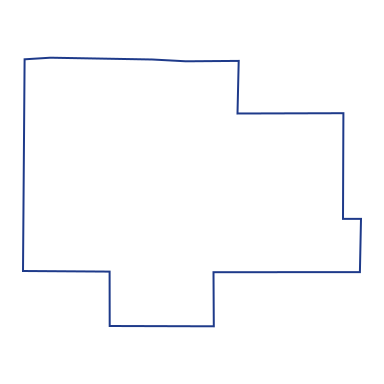 outline of Langlade, Wisconsin, United States of America
{"feature_id": "52423323B38339757578599", "entity_name": "Langlade", "entity_type": "district", "adm_level": 2, "iso_a3": "USA", "parent_name": "United States of America", "parent_adm1": "Wisconsin", "projection": "albers", "projection_center": [-89.026, 45.249], "detail": "fine", "context": "isolated", "style": "outline", "palette": "blue", "viewbox_px": 384, "rotation_deg": 0, "n_neighbors": 0, "source": "geoboundaries", "source_scale": "gbopen_adm2", "svg_char_len": 323}
<svg xmlns="http://www.w3.org/2000/svg" viewBox="0 0 384 384"><path d="M109.7,326.0L213.8,326.3L213.5,272.2L235.7,272.2L359.9,272.1L361.0,218.9L343.0,218.9L343.4,113.2L237.5,113.5L238.7,60.9L186.0,61.3L152.4,59.5L50.5,57.7L24.6,59.3L23.0,271.0L109.6,271.6L109.7,326.0Z" fill="none" stroke="#1e3a8a" stroke-width="2"/></svg>